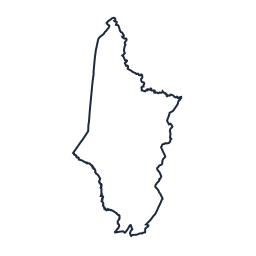 outline of Chiradzulu, Chiradzulu, Malawi, rotated 192°
{"feature_id": "42251766B78568245260433", "entity_name": "Chiradzulu", "entity_type": "district", "adm_level": 2, "iso_a3": "MWI", "parent_name": "Malawi", "parent_adm1": "Chiradzulu", "projection": "albers", "projection_center": [35.198, -15.762], "detail": "fine", "context": "isolated", "style": "outline", "palette": "slate", "viewbox_px": 256, "rotation_deg": 192, "n_neighbors": 0, "source": "geoboundaries", "source_scale": "gbopen_adm2", "svg_char_len": 5785}
<svg xmlns="http://www.w3.org/2000/svg" viewBox="0 0 256 256"><g transform="rotate(192 128 128)"><path d="M90.7,169.2L92.0,169.5L93.2,169.5L93.6,169.4L93.7,168.6L94.0,168.3L95.2,168.2L96.1,167.6L96.3,167.2L96.7,167.2L97.1,167.9L97.0,168.6L97.2,169.0L97.9,169.3L98.2,169.1L98.6,169.3L98.5,169.7L98.9,169.9L100.4,170.0L101.8,171.1L101.8,170.3L102.0,170.0L102.8,169.4L103.6,169.2L104.4,169.4L105.5,168.3L105.9,168.3L106.2,168.5L107.0,168.7L107.4,168.7L108.9,168.0L109.6,168.1L109.9,168.4L110.0,168.8L109.5,169.8L109.8,170.1L110.5,170.2L112.3,169.6L112.7,169.6L113.1,169.7L113.3,170.1L113.5,171.3L113.8,171.4L114.2,171.3L114.4,170.2L114.7,169.9L115.2,169.8L116.4,170.1L117.1,170.0L117.3,169.7L117.1,168.9L118.0,168.9L118.3,168.2L119.0,167.7L119.1,167.4L121.0,167.6L121.8,167.9L122.4,167.7L122.8,169.3L123.3,170.4L123.2,170.8L122.9,171.1L121.5,171.8L121.9,172.5L121.3,174.4L121.3,174.8L121.7,175.5L122.3,175.9L123.5,175.8L124.2,176.2L124.5,176.5L124.9,177.1L125.4,178.7L124.5,180.1L124.5,180.5L124.9,182.1L125.3,182.7L125.9,183.2L126.3,183.1L126.6,182.4L126.8,182.1L128.0,181.9L128.4,182.1L128.8,182.8L129.3,183.2L130.0,183.1L130.9,182.5L131.3,182.6L132.0,183.2L135.1,183.8L136.5,184.6L140.7,185.9L140.8,186.3L140.5,187.4L140.9,188.6L141.6,188.9L142.3,188.5L142.8,188.4L143.9,190.1L144.5,190.6L144.6,191.0L144.4,191.4L143.5,192.2L143.0,192.9L143.0,193.7L143.7,193.9L144.9,193.7L145.3,193.9L145.6,194.6L147.1,196.6L147.7,197.2L148.4,197.5L148.7,197.8L147.7,198.5L147.3,199.7L146.7,200.3L146.7,200.7L147.2,201.3L148.0,202.7L148.2,203.5L148.2,207.8L147.8,209.0L148.7,209.8L148.9,211.4L147.9,213.1L147.7,213.9L148.0,214.7L148.2,215.0L148.6,215.1L149.7,214.7L151.3,215.1L152.4,215.7L152.6,216.0L151.4,216.1L151.2,216.5L151.5,218.1L152.6,218.7L153.1,219.8L153.7,220.2L154.8,220.3L155.8,221.3L156.3,222.0L157.7,224.7L158.9,226.3L159.3,226.5L160.9,226.4L161.3,226.5L160.9,228.9L161.1,229.3L161.4,229.4L163.0,229.6L163.8,230.0L163.6,230.3L163.0,230.9L162.9,231.2L163.1,232.0L163.6,232.6L164.0,232.8L164.8,232.9L166.5,231.9L168.4,229.5L169.3,228.9L169.7,227.9L170.7,226.7L170.7,226.0L169.1,224.8L167.9,224.5L167.5,224.2L167.5,222.9L168.1,221.4L169.1,219.6L169.4,218.5L170.4,217.4L170.9,216.3L171.2,215.1L174.3,211.4L175.2,209.9L175.4,209.2L175.6,208.0L175.6,196.5L175.3,194.0L175.2,191.4L173.3,175.1L173.0,174.7L172.9,174.1L172.3,166.0L170.4,149.4L168.8,135.7L167.5,126.2L167.4,123.1L166.3,116.6L170.1,106.8L170.7,105.8L176.5,92.1L175.3,91.7L175.3,90.9L175.0,90.7L173.3,90.5L172.9,90.3L173.0,89.9L172.6,89.6L172.5,89.0L171.9,88.5L171.1,88.5L170.4,88.9L170.1,88.7L169.5,86.9L169.2,86.8L168.4,87.0L167.2,86.7L166.4,86.8L164.4,86.0L163.5,85.9L162.0,85.3L161.3,85.6L160.8,85.0L160.5,85.4L160.2,85.2L159.7,85.1L159.0,85.4L157.8,85.1L157.3,84.5L156.5,84.3L155.9,83.7L155.1,83.8L155.0,83.4L155.2,83.0L155.0,82.7L154.6,82.6L154.3,82.3L154.2,81.9L153.5,82.2L153.3,81.9L153.0,80.9L152.2,80.9L151.9,80.7L151.5,80.0L151.2,79.8L151.0,79.2L151.0,78.2L150.8,77.8L150.4,77.8L149.8,76.8L148.6,76.4L147.0,75.3L145.3,73.3L145.0,73.1L144.7,72.8L144.7,72.0L145.0,71.2L145.0,70.0L145.2,69.7L145.0,69.3L144.4,68.9L144.5,68.5L143.8,68.2L143.1,67.2L142.4,67.5L142.2,67.2L142.6,67.1L142.8,66.8L142.1,65.3L141.8,65.1L142.4,64.0L142.2,63.6L141.4,63.2L141.1,62.0L140.9,60.4L140.6,59.7L140.4,58.5L139.8,58.0L140.3,57.5L140.5,55.9L139.4,56.2L139.0,56.1L139.1,55.8L138.3,55.7L138.0,55.5L138.1,54.7L138.6,53.6L138.2,53.5L138.1,53.1L138.5,52.6L138.1,51.9L138.1,51.1L138.4,50.9L137.7,50.6L137.4,49.9L137.0,49.7L136.9,49.4L136.3,48.8L136.4,48.0L136.4,46.9L135.6,46.5L135.3,45.7L134.8,45.1L134.4,45.2L134.2,44.9L134.4,44.6L134.3,44.2L133.7,44.5L133.3,44.4L133.0,44.1L133.1,43.7L132.7,43.7L132.2,43.1L131.8,43.0L131.4,43.7L130.6,43.8L130.4,44.1L130.5,44.5L130.1,44.4L130.2,44.1L129.9,43.8L129.5,43.9L129.2,44.2L128.9,44.3L128.5,44.3L127.8,43.9L127.4,44.0L127.2,44.3L124.5,43.5L122.3,42.5L121.9,42.5L121.3,41.9L120.9,41.9L120.7,41.6L119.7,41.0L119.3,40.8L118.5,40.9L118.0,40.3L117.9,39.1L117.6,38.8L117.8,37.6L117.5,37.4L117.5,37.0L118.0,36.3L118.7,34.1L118.3,33.4L118.2,32.6L118.0,32.2L117.2,32.0L116.8,31.7L116.3,30.6L116.2,29.8L116.7,28.7L116.6,27.9L117.5,27.0L118.1,25.1L119.1,23.7L119.1,23.4L118.8,23.2L117.7,23.5L114.5,24.9L111.6,25.8L111.1,25.9L110.7,25.7L109.7,25.0L109.3,24.9L109.0,25.1L107.2,29.1L106.1,32.7L105.7,33.4L105.3,33.6L104.9,33.4L104.5,32.5L104.0,31.9L103.7,31.1L102.7,29.9L103.9,28.1L104.2,25.7L104.1,25.2L103.7,24.8L103.1,23.7L102.9,23.4L102.4,23.1L102.0,23.8L101.3,24.3L96.9,25.6L95.2,26.9L94.1,27.5L92.5,27.7L92.2,27.9L92.1,28.3L91.8,28.6L91.4,28.6L89.6,29.5L90.2,33.2L89.5,34.2L88.0,35.7L87.7,36.5L87.8,37.0L88.5,37.0L89.6,37.4L90.3,37.4L86.8,42.9L84.4,48.1L83.6,49.1L82.4,53.6L81.4,58.5L80.8,60.5L79.8,65.8L79.5,65.9L79.7,66.6L80.9,67.9L82.6,70.2L84.1,71.5L85.6,73.6L86.2,74.2L87.3,74.7L87.8,75.4L88.9,75.9L89.2,76.6L89.2,77.9L88.5,79.4L88.5,79.8L87.9,80.8L86.7,82.5L86.4,83.7L86.4,84.1L86.8,84.3L86.7,84.7L85.8,85.4L85.7,86.6L85.4,87.7L88.1,91.4L89.4,92.3L90.3,93.1L91.0,94.1L91.1,94.9L90.2,96.2L89.7,97.7L88.0,98.8L87.4,99.5L87.1,100.7L87.5,102.3L87.5,103.1L87.1,105.1L85.6,107.5L85.6,107.9L91.6,115.9L91.7,116.2L91.2,117.2L91.2,118.2L90.9,119.1L90.5,119.4L89.2,119.9L88.7,120.7L88.0,121.0L87.6,120.8L85.5,121.5L84.9,121.9L84.0,123.3L83.9,123.7L84.1,124.0L84.1,124.9L83.7,126.0L83.4,126.3L83.6,126.6L84.9,127.2L85.2,131.1L85.4,131.8L85.8,132.2L86.0,133.2L86.4,133.7L86.5,134.9L86.3,136.0L84.8,138.5L85.5,139.5L87.3,141.0L88.2,140.6L88.6,140.1L91.2,143.0L91.2,144.5L90.6,148.3L90.4,151.6L87.6,153.9L84.6,161.0L84.3,162.5L84.3,164.6L83.4,165.9L83.6,166.1L83.6,166.3L83.1,166.7L82.5,167.8L82.3,169.3L82.4,169.5L82.8,169.3L83.4,168.8L83.8,168.8L84.2,168.1L84.5,167.9L85.3,167.7L85.7,167.8L86.2,168.8L86.6,168.9L87.4,168.0L87.8,167.8L88.6,168.0L90.7,169.2Z" fill="none" stroke="#1e293b" stroke-width="2"/></g></svg>